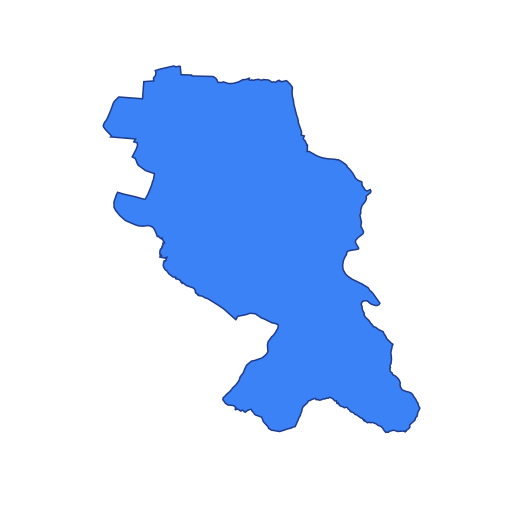 outline of Coas, Maramures, Romania, rotated 348°
{"feature_id": "2599482B41042364837180", "entity_name": "Coas", "entity_type": "district", "adm_level": 2, "iso_a3": "ROU", "parent_name": "Romania", "parent_adm1": "Maramures", "projection": "mercator", "projection_center": [23.595, 47.517], "detail": "fine", "context": "isolated", "style": "filled", "palette": "blue", "viewbox_px": 512, "rotation_deg": 348, "n_neighbors": 0, "source": "geoboundaries", "source_scale": "gbopen_adm2", "svg_char_len": 6079}
<svg xmlns="http://www.w3.org/2000/svg" viewBox="0 0 512 512"><g transform="rotate(348 256 256)"><path d="M316.6,90.1L315.8,90.0L315.1,88.9L314.3,89.4L313.6,89.1L311.4,90.1L309.3,89.3L307.9,89.4L304.9,86.5L299.9,84.9L299.2,85.3L296.6,84.7L295.5,83.8L292.2,83.4L290.2,83.7L288.4,82.8L287.5,83.1L285.7,82.1L286.5,80.8L286.1,80.7L283.0,81.2L280.0,80.9L279.9,80.7L275.2,82.1L269.6,82.4L265.1,81.7L260.3,78.9L258.7,79.2L255.7,78.4L255.1,78.5L254.8,77.9L254.4,75.4L253.8,74.1L252.1,72.1L251.0,71.4L230.8,66.6L230.7,65.6L220.4,63.1L221.3,54.9L220.4,54.3L217.1,54.4L215.1,53.0L201.1,53.2L196.0,53.7L196.2,54.8L196.0,56.9L195.0,58.8L192.8,60.5L192.6,61.3L192.4,63.5L182.5,62.1L177.7,78.6L154.8,71.9L149.7,75.2L148.2,76.8L144.6,82.7L139.9,89.5L137.6,92.3L135.9,93.5L134.2,95.8L133.6,97.3L133.9,98.6L135.0,101.0L139.7,108.7L138.7,109.3L162.6,116.5L160.2,118.9L163.4,120.7L163.0,123.4L161.0,126.6L155.5,133.3L158.1,135.5L158.6,137.4L159.1,141.1L159.7,142.7L165.7,149.5L173.8,154.3L171.4,160.3L170.4,161.5L168.6,165.1L163.0,173.3L159.8,177.0L159.0,177.5L149.9,172.8L139.2,167.8L133.9,164.9L132.1,167.2L128.3,173.6L127.3,178.8L128.2,182.3L131.1,188.0L135.4,193.8L136.4,194.7L144.0,200.1L147.4,202.1L151.6,203.3L156.8,203.8L158.8,204.7L161.2,206.6L161.9,208.2L163.1,212.8L163.5,216.4L164.7,216.5L165.0,217.2L166.3,218.9L167.3,219.7L167.8,219.0L168.5,222.3L169.4,223.6L169.2,224.3L167.6,224.1L167.1,226.3L166.1,227.0L165.7,227.9L165.8,228.4L163.9,229.6L163.4,230.5L162.7,232.4L162.4,234.4L163.4,235.1L163.6,236.0L162.3,235.7L161.8,237.1L167.0,239.3L167.6,238.7L168.6,238.7L166.6,242.0L165.2,241.6L164.3,243.1L163.3,246.1L163.3,247.3L163.8,249.2L164.7,251.1L165.4,251.6L167.2,255.5L170.5,259.3L173.1,260.0L173.2,260.3L172.6,261.3L172.8,261.6L175.8,263.0L177.1,264.7L177.1,265.9L178.1,266.2L178.1,267.4L179.0,267.2L179.3,267.4L181.6,270.3L188.0,274.2L188.9,275.4L189.5,277.2L189.2,278.1L189.3,279.6L190.1,280.1L190.8,281.9L191.5,281.7L191.9,282.9L194.8,283.9L198.1,286.8L199.7,287.5L208.2,295.6L213.3,300.9L223.0,314.1L224.1,313.1L224.9,311.6L225.7,311.2L234.1,311.3L238.0,310.8L239.9,311.2L243.4,312.4L248.5,317.8L251.1,319.4L257.9,324.8L260.1,325.6L263.3,327.7L263.1,329.7L262.1,331.5L258.2,335.8L255.8,337.7L254.6,338.2L250.2,342.2L248.7,345.3L248.0,350.3L248.1,351.6L246.1,353.9L244.0,355.3L240.6,357.0L233.1,357.9L229.6,357.9L224.3,360.7L222.2,363.2L219.1,367.8L215.4,370.9L213.8,373.9L211.4,376.3L209.2,378.1L206.0,380.0L202.9,382.7L197.9,385.5L196.8,386.5L194.4,387.8L193.7,389.7L195.6,393.9L197.7,396.0L201.8,397.2L203.6,398.2L204.1,399.3L204.8,400.0L203.8,401.4L203.9,402.0L204.3,402.2L205.7,401.7L207.6,403.1L208.6,404.4L209.5,404.5L210.5,403.9L211.2,404.1L211.9,405.4L212.0,405.9L212.5,406.2L213.4,406.5L215.3,405.4L217.7,404.9L219.5,405.0L220.0,407.2L221.0,408.5L221.5,410.1L222.3,411.3L228.0,414.8L228.3,416.1L228.7,419.5L231.9,424.9L232.4,425.9L232.5,427.4L233.3,427.9L234.8,429.5L242.6,432.6L248.5,432.1L249.5,431.8L254.8,431.6L256.7,431.0L258.5,431.1L258.9,430.9L263.1,425.2L264.4,423.0L266.3,421.2L266.5,420.1L267.9,418.4L268.1,417.6L268.8,416.8L269.0,415.7L270.7,413.3L276.1,410.0L276.7,408.9L277.3,408.5L278.8,408.6L280.8,407.9L284.3,407.6L284.8,407.9L284.8,408.8L285.0,409.1L287.1,409.4L287.8,410.2L290.1,410.3L291.9,409.6L293.0,410.1L295.8,409.8L297.3,410.1L298.5,409.5L299.0,409.6L301.5,411.6L303.0,414.2L304.6,414.4L304.4,416.7L304.9,417.2L305.8,416.9L305.8,417.6L306.3,418.2L306.3,418.8L307.3,420.3L309.7,421.6L310.8,422.8L312.8,422.7L313.8,423.4L314.5,425.1L315.7,426.1L315.7,427.1L316.5,428.1L318.7,429.5L320.0,431.6L321.4,432.3L324.8,436.1L326.2,436.9L326.4,437.6L327.0,438.2L327.0,438.9L327.9,439.0L327.6,439.9L328.6,440.2L329.1,441.0L330.2,442.2L332.3,442.2L333.1,442.9L335.3,443.0L338.7,445.2L340.1,447.0L342.7,448.6L344.1,450.6L344.8,452.8L346.2,455.4L348.9,455.9L350.3,455.2L354.5,455.0L358.1,457.1L363.5,457.8L365.4,459.0L365.8,458.2L366.5,458.5L366.7,458.0L370.1,456.3L371.0,455.1L371.1,454.7L370.9,453.8L371.6,452.9L377.2,449.7L377.6,449.2L378.2,447.6L378.7,447.1L380.1,446.5L380.5,445.3L381.0,444.7L381.5,442.8L383.1,441.0L384.7,438.8L383.8,436.5L383.8,433.6L382.9,431.7L382.7,430.1L380.6,425.0L380.4,424.1L379.2,422.2L376.9,420.7L375.4,420.1L371.2,417.4L370.0,414.0L370.1,412.0L370.7,409.9L370.3,407.3L369.1,404.7L367.0,402.0L365.2,400.6L364.9,399.8L364.7,398.3L363.7,397.4L363.2,396.1L363.6,395.1L363.5,394.0L364.3,393.2L364.2,391.5L365.0,389.8L365.9,389.2L366.0,387.7L366.4,387.3L367.1,385.2L367.1,384.1L367.6,382.2L367.6,380.1L367.8,378.8L368.7,376.3L369.4,375.2L370.3,372.8L370.9,371.6L371.5,371.3L371.4,370.5L370.3,369.6L366.7,364.0L366.1,361.3L365.0,358.6L364.7,356.6L360.3,353.1L358.3,350.7L356.2,349.4L355.2,346.9L354.3,345.8L353.2,342.8L350.1,338.3L349.6,336.2L349.8,335.1L349.8,333.6L349.1,331.8L348.9,330.0L348.9,329.4L349.3,327.9L348.8,325.0L350.4,322.8L352.7,322.3L355.5,323.0L356.9,325.1L358.8,327.1L362.6,329.3L364.3,329.6L366.2,329.1L367.4,327.9L362.6,316.9L361.3,314.6L360.4,313.9L359.0,310.3L353.8,305.3L345.3,298.8L341.7,295.0L340.0,292.5L338.6,288.4L338.4,286.9L338.9,282.9L340.4,279.0L342.3,276.1L344.7,273.5L345.7,271.1L347.1,270.4L348.3,270.2L356.2,270.5L357.4,270.5L357.8,270.2L358.1,269.7L356.2,264.2L356.2,262.7L356.9,261.2L359.8,259.1L364.1,257.1L365.4,256.3L366.0,255.3L366.2,254.5L365.3,250.5L364.8,249.3L364.9,248.1L366.2,244.9L366.1,237.6L367.3,236.0L368.1,232.6L370.2,228.7L374.2,225.4L375.3,224.0L376.0,222.7L376.2,220.8L376.6,220.1L381.0,217.9L381.6,217.2L381.9,216.4L381.5,214.8L378.5,215.5L377.4,215.0L376.5,214.1L374.6,209.2L374.8,205.4L371.3,203.0L369.6,200.7L367.8,195.0L365.6,190.5L363.7,187.9L363.7,186.7L362.6,184.9L359.4,181.4L356.4,178.9L356.1,179.1L353.3,177.8L346.0,175.7L341.7,173.9L338.7,172.3L335.2,169.7L329.6,164.7L327.6,164.4L328.4,162.3L329.4,158.3L328.7,158.2L328.9,157.2L328.5,156.2L328.1,153.8L326.7,151.6L326.8,150.9L328.2,148.6L325.4,147.2L326.2,144.8L326.3,143.4L325.1,133.7L325.5,132.9L325.4,129.8L325.0,127.0L324.6,115.6L325.0,111.0L324.8,107.9L325.0,105.2L325.6,102.2L326.5,99.5L326.5,98.1L325.0,94.8L322.3,90.8L316.8,90.8L316.6,90.1Z" fill="#3b82f6" stroke="#1e3a8a" stroke-width="1.5"/></g></svg>